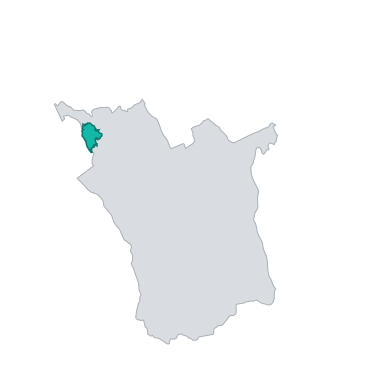 location of Kasenga, Katanga, Democratic Republic of the Congo, rotated 155°
{"feature_id": "63176286B77262619841164", "entity_name": "Kasenga", "entity_type": "district", "adm_level": 2, "iso_a3": "COD", "parent_name": "Democratic Republic of the Congo", "parent_adm1": "Katanga", "projection": "equal_earth", "projection_center": [28.249, -10.367], "detail": "fine", "context": "in_parent", "style": "filled", "palette": "teal", "viewbox_px": 384, "rotation_deg": 155, "n_neighbors": 0, "source": "geoboundaries", "source_scale": "gbopen_adm2", "svg_char_len": 7552}
<svg xmlns="http://www.w3.org/2000/svg" viewBox="0 0 384 384"><g transform="rotate(155 192 192)"><path d="M290.3,253.0L270.1,257.3L270.5,258.9L270.3,260.5L269.8,261.7L267.7,265.1L264.7,268.2L264.7,268.9L266.2,272.3L267.2,277.0L266.9,285.3L267.3,287.5L267.2,289.3L266.2,291.2L264.2,301.2L265.5,306.0L269.5,310.5L271.8,313.8L275.8,315.0L276.4,314.8L276.6,312.0L279.8,311.0L279.7,328.7L279.5,329.6L278.9,329.9L278.2,329.3L277.9,327.6L277.1,326.9L273.3,329.1L272.3,329.0L271.3,328.6L270.5,327.7L270.3,326.4L267.6,321.3L266.3,320.9L264.8,316.3L258.8,312.9L256.5,312.6L255.3,311.6L254.1,307.9L252.1,305.6L251.6,303.0L251.2,302.6L250.0,303.1L248.9,307.2L247.6,308.2L245.1,308.3L238.9,307.1L234.5,305.0L233.3,305.1L231.6,303.2L230.8,300.0L231.2,297.6L230.9,297.2L224.2,299.3L222.6,300.5L221.0,300.2L220.6,299.5L221.2,297.8L220.9,296.0L220.4,295.2L218.4,294.5L217.7,292.5L216.5,292.2L216.1,292.5L215.8,293.9L215.1,294.3L211.1,293.7L206.9,295.4L201.3,294.9L198.6,297.0L198.2,297.0L197.7,295.9L197.1,292.5L197.4,291.6L198.2,291.0L198.5,289.6L198.2,286.1L198.4,285.3L198.1,283.3L197.2,280.1L196.1,277.5L193.5,273.6L193.0,271.7L193.2,267.3L193.9,260.4L193.8,255.2L192.8,251.8L192.5,248.2L193.1,241.7L192.5,240.1L179.7,239.6L179.1,239.1L178.9,238.2L179.5,234.3L171.7,235.3L169.3,236.1L167.9,237.6L167.4,239.6L167.4,242.5L166.2,245.1L165.9,249.7L163.8,250.2L161.6,250.2L157.5,249.3L153.4,250.5L151.4,251.8L150.4,251.2L146.8,251.7L146.3,251.3L142.1,242.3L140.2,239.3L139.8,237.8L139.9,236.4L139.4,234.5L137.4,229.9L137.1,227.8L137.1,224.4L136.9,223.2L135.1,220.3L134.0,219.3L132.7,218.8L111.8,219.2L104.8,218.7L99.8,219.1L97.2,218.8L96.5,218.4L94.2,219.0L93.0,220.2L91.2,220.9L90.1,220.6L87.9,217.3L90.8,216.7L91.0,216.3L91.2,208.3L90.4,207.2L92.0,205.8L94.5,202.2L97.0,201.0L97.3,200.2L97.8,200.3L98.7,201.8L100.9,203.7L103.6,202.0L103.8,201.5L104.2,198.1L104.8,197.8L106.0,198.5L106.6,198.5L107.8,197.5L111.1,195.8L112.2,198.0L111.3,200.0L111.7,201.4L111.8,203.6L112.3,204.1L115.0,204.4L115.8,203.8L121.1,195.9L122.5,195.0L124.7,191.8L127.7,190.4L128.9,187.9L130.6,183.5L131.4,177.1L131.1,166.0L131.3,164.5L134.9,159.5L138.6,150.5L141.0,148.1L142.9,147.2L145.8,143.8L148.1,140.5L147.8,136.5L148.3,133.2L149.6,129.0L150.0,124.5L149.6,119.8L149.8,115.9L151.5,109.8L151.6,102.7L153.2,96.8L156.2,89.3L157.7,83.7L157.4,78.2L157.9,74.1L157.7,71.7L157.2,69.6L157.5,68.3L158.6,67.8L160.1,65.7L162.7,60.3L165.5,57.7L167.4,56.8L169.4,56.9L170.8,57.4L172.9,59.5L175.3,61.2L177.1,63.3L178.9,66.6L183.3,67.4L185.1,68.5L186.3,69.0L186.7,68.7L187.6,68.9L189.6,69.8L191.3,69.3L199.3,71.5L200.2,70.4L202.5,64.7L204.2,62.8L206.9,62.6L209.1,63.7L210.2,63.7L220.1,58.8L221.4,58.6L224.9,59.7L227.3,59.0L228.2,59.2L230.2,58.4L231.9,54.9L233.2,54.1L247.4,57.8L249.6,56.0L250.6,55.8L253.8,57.1L254.7,59.2L256.6,61.0L258.0,63.9L260.1,65.6L261.1,67.2L262.4,68.3L265.0,68.7L268.2,66.0L270.6,66.3L272.9,67.7L273.7,67.7L275.4,66.1L276.4,64.4L277.3,64.1L278.6,64.8L279.7,66.4L280.7,68.6L284.3,73.7L287.7,75.9L288.6,79.0L289.8,78.7L290.4,79.0L291.3,80.9L292.0,81.3L292.1,82.1L291.2,84.0L290.4,87.6L291.5,89.7L290.6,92.9L290.1,96.2L291.3,97.0L292.7,97.0L294.0,98.7L295.0,98.9L296.1,100.8L295.9,102.3L292.5,107.6L287.4,114.1L285.7,114.9L284.8,116.1L284.2,118.1L282.7,119.7L281.6,120.3L281.5,125.0L279.7,130.0L279.1,131.0L278.2,138.9L278.3,140.3L277.4,146.8L277.5,152.9L275.1,154.8L273.4,157.8L272.6,159.8L272.7,164.8L269.9,167.8L269.7,168.5L270.4,172.0L271.4,172.5L271.4,173.7L273.7,177.4L273.5,188.9L273.7,190.1L274.8,192.8L275.6,198.0L274.7,204.6L277.8,216.7L276.4,221.2L277.1,225.4L278.9,229.9L283.3,234.3L284.4,236.1L285.5,238.5L286.5,242.3L290.3,253.0Z" fill="#d9dde1" stroke="#a8b0b8" stroke-width="1"/><path d="M254.8,296.3L255.4,297.6L255.6,297.8L255.9,297.9L256.3,297.8L256.6,298.0L256.8,298.1L257.0,298.1L257.2,298.5L257.3,298.6L257.6,298.4L257.8,298.3L258.0,298.3L258.1,298.2L258.3,298.2L258.4,297.9L258.5,297.9L258.7,298.0L258.8,298.0L259.0,298.1L259.2,298.4L259.3,298.3L259.5,297.9L259.7,298.0L259.8,298.2L260.0,298.4L260.2,298.5L260.4,298.4L260.4,297.5L260.5,297.4L261.0,297.6L261.5,297.7L261.6,297.8L261.6,298.1L261.7,298.7L261.8,298.9L261.9,299.3L262.0,299.4L262.1,299.6L262.8,298.4L262.9,298.1L263.1,298.0L263.4,298.0L263.5,297.9L263.5,297.6L263.7,297.0L264.3,296.2L264.6,295.4L264.6,295.1L264.3,295.0L264.1,294.7L264.3,294.7L264.5,294.6L264.5,294.4L264.8,294.3L264.9,294.5L265.0,294.5L265.1,294.4L265.1,294.5L265.2,294.3L265.3,294.2L265.5,293.8L265.7,293.6L265.9,293.5L266.0,293.6L266.2,293.4L266.2,292.7L266.2,292.2L266.4,291.7L266.6,291.4L266.6,291.2L266.8,290.9L266.9,290.6L267.0,290.3L267.1,290.2L267.3,290.2L267.5,290.2L267.6,289.9L267.6,289.7L267.8,289.4L267.9,289.2L267.8,288.8L267.6,288.6L267.5,288.4L267.5,288.2L267.6,287.8L267.6,287.7L267.3,287.3L267.2,287.2L267.2,286.7L267.2,286.4L267.3,286.1L267.2,285.7L267.1,285.0L267.1,284.7L267.2,284.1L267.2,283.8L266.9,283.6L266.8,283.3L266.6,283.0L266.6,282.9L266.6,282.6L266.8,282.4L266.9,282.2L267.0,281.9L267.1,281.5L267.2,280.8L267.3,280.5L267.4,280.1L267.5,279.6L267.5,279.4L267.7,278.6L267.8,278.1L267.8,277.7L267.7,277.2L267.8,276.8L267.9,276.7L267.6,275.3L267.5,275.0L267.4,274.1L267.5,273.5L267.2,272.4L266.6,270.9L266.5,271.0L266.4,271.2L266.2,271.2L266.2,271.3L266.3,271.3L266.2,271.4L265.9,271.4L265.9,271.2L266.0,271.1L266.0,270.9L266.0,270.5L265.8,270.6L265.8,270.4L265.8,270.2L265.7,270.2L265.7,270.4L265.6,270.5L265.6,270.8L265.7,271.0L265.7,271.5L265.6,271.8L265.7,271.7L265.8,271.6L266.0,271.6L266.0,271.8L266.2,272.0L266.3,272.1L266.5,272.1L266.4,272.3L266.5,272.4L266.4,272.4L266.4,272.5L266.3,272.3L266.2,272.3L266.3,272.3L266.1,272.3L266.3,272.4L266.4,272.5L266.3,272.8L266.4,273.0L266.2,273.2L266.3,273.3L266.2,273.4L266.0,273.5L266.1,273.4L266.1,273.2L265.9,273.2L265.9,272.8L266.0,272.9L266.2,272.7L265.9,272.6L265.7,272.5L265.4,272.5L265.1,272.6L265.0,272.8L265.0,273.2L264.9,273.5L264.8,274.1L264.7,274.1L264.4,274.0L264.0,274.4L263.6,274.6L263.4,274.6L263.2,274.6L263.2,274.2L262.8,274.2L262.2,274.3L261.6,274.2L261.6,274.4L261.9,274.9L261.9,275.0L261.7,275.1L261.3,275.0L261.2,275.2L261.2,275.7L261.2,275.9L261.1,276.2L260.9,276.0L260.9,275.9L260.7,275.6L260.4,275.4L260.3,275.1L260.1,275.0L259.9,275.1L259.7,275.4L259.5,275.6L259.0,274.7L258.7,274.1L258.6,274.5L258.5,274.4L258.4,274.5L258.1,274.8L258.0,275.0L258.0,275.5L257.9,275.9L257.7,276.0L258.1,276.5L258.2,276.9L258.2,277.9L258.0,278.7L257.7,279.4L257.7,279.8L257.5,280.2L257.4,280.9L256.8,280.9L256.4,281.0L255.9,281.7L255.5,281.4L255.2,281.2L255.2,280.9L255.5,280.6L255.5,280.3L255.6,280.1L255.7,279.9L255.6,279.7L255.5,279.4L255.4,279.4L255.0,279.4L254.9,279.3L254.7,279.2L254.5,279.3L254.3,279.3L253.9,279.3L253.4,279.5L253.1,279.3L252.8,279.5L252.6,279.6L252.2,280.2L251.9,280.4L251.5,280.5L250.4,280.8L250.0,280.9L249.6,281.9L249.4,282.2L249.2,282.6L249.2,282.8L249.5,283.2L250.1,283.8L250.3,283.9L250.6,284.2L250.9,284.6L251.2,285.3L251.5,285.8L250.9,286.6L250.6,287.1L250.6,287.5L250.2,287.7L250.6,287.8L250.8,287.8L251.0,287.9L251.2,288.2L251.3,288.3L251.6,288.4L251.8,288.4L252.1,288.1L252.4,287.8L252.8,287.6L253.0,287.7L253.0,287.8L253.0,288.1L252.8,288.4L252.9,288.5L253.0,288.6L253.4,288.8L253.5,288.8L253.5,288.7L253.6,288.8L253.5,289.0L253.4,289.2L253.4,289.3L253.4,289.5L253.2,289.7L253.1,289.8L252.9,289.8L252.7,289.8L252.6,289.7L252.5,289.8L252.5,290.0L252.6,290.3L252.8,290.4L252.9,290.5L253.1,290.8L252.9,291.1L252.8,291.3L252.7,291.5L252.7,291.8L252.7,292.1L252.7,292.4L252.8,292.9L252.8,293.0L253.1,293.7L253.3,293.8L253.7,294.0L253.9,294.2L254.8,296.3Z" fill="#14b8a6" stroke="#0f766e" stroke-width="1.5"/></g></svg>